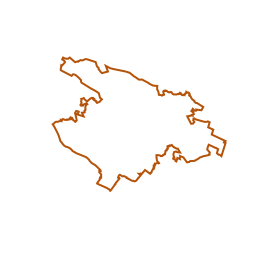 outline of Vānes pag., Kandavas, Latvia, rotated 34°
{"feature_id": "27541924B3957648915693", "entity_name": "Vānes pag.", "entity_type": "district", "adm_level": 2, "iso_a3": "LVA", "parent_name": "Latvia", "parent_adm1": "Kandavas", "projection": "robinson", "projection_center": [22.617, 56.905], "detail": "fine", "context": "isolated", "style": "outline", "palette": "amber", "viewbox_px": 256, "rotation_deg": 34, "n_neighbors": 0, "source": "geoboundaries", "source_scale": "gbopen_adm2", "svg_char_len": 5697}
<svg xmlns="http://www.w3.org/2000/svg" viewBox="0 0 256 256"><g transform="rotate(34 128 128)"><path d="M156.1,65.4L156.6,66.7L156.2,67.1L156.2,67.4L156.4,67.6L156.4,68.5L155.8,68.7L155.7,68.9L155.7,69.0L156.1,69.3L155.6,69.5L155.4,70.0L154.3,70.5L153.7,70.4L153.7,70.1L152.6,69.7L151.5,69.7L151.4,69.7L151.4,69.9L151.8,70.7L151.2,70.9L151.1,71.0L151.2,71.3L151.0,71.7L150.3,71.9L149.3,73.3L148.3,73.8L147.0,74.7L145.5,74.7L144.2,74.0L143.4,74.2L143.1,74.3L143.1,74.5L142.6,75.2L141.9,75.4L141.5,75.8L139.0,75.6L138.2,76.0L138.4,76.4L137.7,76.9L137.1,76.9L136.8,77.3L136.9,77.7L136.8,78.0L137.7,79.0L139.1,80.0L139.3,80.3L139.2,80.5L138.7,80.6L138.4,81.2L138.1,81.4L138.1,81.6L138.2,81.9L138.1,82.1L137.0,82.3L135.1,83.2L133.3,81.3L131.9,80.3L130.6,79.7L129.3,77.8L128.8,76.8L124.8,78.9L121.3,79.3L118.8,79.3L112.5,80.0L110.0,81.8L106.5,81.7L103.0,81.8L102.1,81.5L100.9,81.6L99.4,81.3L97.7,81.4L97.3,81.8L96.0,82.0L93.2,83.0L83.6,87.0L79.8,88.4L74.9,88.9L79.8,92.4L75.8,97.0L73.6,96.7L72.6,96.2L70.7,95.7L70.1,94.7L67.7,94.2L64.3,91.4L58.2,93.2L56.0,93.8L54.4,94.5L54.0,94.9L53.6,95.7L52.3,97.6L50.7,98.2L49.7,100.6L49.4,100.4L47.4,103.0L40.3,102.2L39.7,103.9L38.5,104.9L36.5,105.7L34.8,105.9L35.1,107.9L36.9,108.0L37.3,107.9L38.8,108.4L39.0,109.0L38.4,113.2L37.6,113.2L39.5,117.2L40.0,117.7L52.1,116.3L52.4,114.3L53.6,113.6L55.2,113.4L58.6,113.8L62.1,114.5L63.0,115.6L63.9,116.4L74.7,116.0L79.9,115.5L83.8,115.4L84.4,115.5L87.9,118.6L90.3,118.8L89.8,122.2L88.3,124.5L87.2,124.2L87.3,123.9L86.9,123.6L86.5,123.5L84.6,123.9L82.2,123.4L83.1,122.7L82.3,122.6L81.7,123.3L81.2,123.2L80.5,124.3L80.1,125.4L79.2,128.9L75.9,128.5L75.4,128.2L74.6,127.9L74.0,128.9L73.0,130.1L73.4,130.3L73.8,130.8L74.2,132.1L74.5,132.5L75.1,132.7L75.5,133.2L75.7,135.5L76.1,135.8L76.7,135.7L77.4,134.4L78.1,134.6L78.1,133.3L79.7,130.7L80.9,131.0L80.4,132.0L80.6,132.1L80.4,132.9L81.1,134.8L82.6,136.6L82.2,138.0L83.3,138.9L83.3,139.4L81.3,141.1L84.7,143.2L78.5,145.1L77.9,144.5L78.3,143.8L78.3,142.7L78.0,142.0L75.6,142.8L75.5,143.4L75.6,144.0L75.7,145.2L76.8,146.1L80.1,149.2L81.2,150.3L81.0,151.9L81.0,152.3L80.8,152.4L80.1,151.9L79.4,152.1L78.6,152.1L78.0,151.9L77.4,152.1L76.4,152.1L76.5,151.9L76.2,151.7L76.7,151.4L76.5,151.0L75.8,150.9L75.6,151.0L74.9,151.2L75.1,151.4L74.8,151.5L74.6,151.8L74.7,152.4L74.4,152.6L74.5,152.8L75.0,153.1L75.0,153.4L74.4,153.9L74.2,153.8L74.0,154.0L73.6,154.2L73.7,154.6L73.1,155.2L72.6,155.3L72.6,155.6L71.4,156.4L70.6,156.7L69.6,156.8L69.0,157.1L68.9,157.6L68.3,158.3L68.0,158.5L68.9,158.8L68.8,159.2L69.0,159.6L68.1,159.9L67.1,160.9L66.4,162.1L65.5,162.6L64.7,163.3L64.1,164.8L64.0,166.0L63.5,167.0L66.3,168.2L72.8,171.8L75.1,173.3L79.3,176.6L84.3,178.2L86.7,178.3L88.7,177.6L90.5,177.3L93.2,177.5L94.9,178.1L98.1,177.8L99.1,177.8L109.4,175.6L112.8,175.9L115.0,176.8L117.2,177.3L118.5,177.3L121.8,177.1L128.9,178.4L129.0,178.6L128.7,179.0L128.9,179.1L128.6,179.2L128.5,179.5L128.3,179.4L128.2,179.7L128.6,179.8L129.0,180.8L131.4,181.4L131.8,181.6L133.5,184.2L132.5,184.6L132.8,185.7L133.4,186.2L133.3,189.8L133.2,189.9L133.4,191.3L135.8,191.0L143.7,189.6L146.1,189.5L146.6,189.3L147.5,189.5L148.0,190.0L148.4,190.0L148.6,188.5L148.8,182.7L148.7,182.6L149.0,181.4L148.6,181.1L148.6,180.9L149.2,174.6L148.7,174.3L147.5,174.7L147.0,172.5L147.4,171.3L150.5,171.2L151.6,170.1L154.5,169.7L154.8,170.2L156.2,169.8L156.9,170.0L157.1,169.8L160.9,169.5L162.1,168.7L163.2,168.6L164.1,167.6L164.4,165.6L164.4,163.8L164.6,163.8L164.9,160.4L162.8,159.9L163.0,159.8L164.0,158.6L165.1,158.6L165.6,153.3L171.8,153.6L171.7,152.9L172.2,152.5L172.3,151.5L171.8,150.8L171.9,149.8L171.7,148.6L172.2,147.5L171.5,147.3L171.4,146.8L171.9,146.1L171.5,145.8L171.0,145.7L170.6,145.2L170.9,145.1L171.3,144.8L171.1,143.6L170.3,143.6L170.1,142.5L170.9,142.0L172.0,140.4L173.1,140.3L173.4,139.8L173.0,139.6L171.1,139.3L170.1,138.7L167.9,136.2L166.8,134.6L168.2,133.6L170.2,132.8L170.8,133.0L172.1,132.0L172.1,131.0L172.4,130.9L172.6,130.4L172.4,130.3L172.4,130.2L173.0,129.4L173.4,129.1L173.2,128.6L172.8,128.4L172.7,127.5L172.2,126.8L172.2,126.3L171.9,126.0L172.0,125.3L172.6,124.8L172.1,124.3L172.0,124.0L172.3,123.3L172.2,123.2L172.6,122.8L172.1,122.1L171.2,121.5L170.9,121.1L171.2,120.7L171.8,120.4L171.8,120.1L172.1,120.0L172.3,120.1L172.6,120.0L172.8,119.5L172.5,119.1L173.2,118.7L173.5,117.7L174.0,117.6L175.2,118.2L176.3,118.0L176.8,118.1L176.9,118.3L180.5,117.7L180.9,117.3L181.8,117.8L184.9,119.2L182.2,120.6L180.9,120.6L179.7,122.2L180.4,124.4L180.8,125.1L181.8,125.8L181.7,125.8L182.3,126.8L182.6,128.2L184.6,128.0L186.0,128.4L186.1,128.8L186.8,128.7L185.7,125.2L188.4,124.7L187.5,123.8L187.5,122.5L187.0,122.1L190.4,121.4L196.0,123.5L196.3,123.4L196.9,122.6L197.7,122.0L197.9,121.0L198.1,120.6L200.2,119.1L201.2,118.2L201.4,117.9L201.6,117.9L203.6,113.9L204.1,112.2L205.8,110.0L206.1,109.4L210.0,105.4L210.5,104.5L209.9,104.3L209.5,102.5L205.8,101.6L205.6,101.4L204.7,98.8L204.3,96.7L211.8,95.5L212.0,95.3L212.4,95.4L214.5,95.1L215.8,99.2L218.1,99.5L219.0,98.8L221.2,99.1L217.3,86.0L215.6,86.4L215.4,85.2L215.6,84.9L216.2,84.5L216.2,84.3L201.1,86.6L199.6,81.7L194.1,82.6L192.5,77.6L190.5,77.9L190.1,78.6L188.6,79.8L187.1,80.4L183.0,81.8L178.9,83.1L177.4,83.0L177.0,83.5L177.5,84.1L177.7,85.1L179.7,86.0L179.4,87.4L179.5,87.9L177.9,89.2L170.6,85.2L173.5,82.3L173.4,81.9L174.6,81.6L174.0,81.0L174.8,79.6L173.8,78.8L171.4,78.5L172.1,77.7L171.1,77.2L171.0,75.9L173.6,76.4L174.8,75.5L174.8,74.8L174.4,74.5L179.0,72.2L178.6,68.5L171.2,68.7L170.2,69.3L169.6,69.2L168.2,69.0L167.7,68.3L165.7,68.4L164.0,67.9L163.1,67.3L162.2,66.8L160.6,66.9L160.2,66.6L160.2,66.4L160.5,65.7L160.3,65.5L160.1,65.3L158.7,64.7L158.4,64.7L158.0,64.9L157.6,65.5L156.1,65.4Z" fill="none" stroke="#b45309" stroke-width="2"/></g></svg>